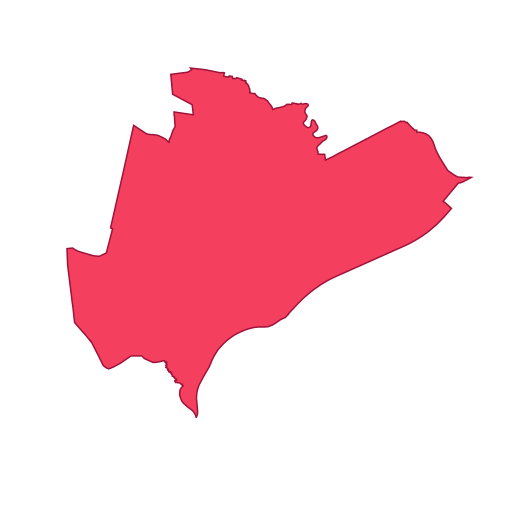 outline of Roermond, Limburg, Netherlands, rotated 197°
{"feature_id": "6326949B62204677584458", "entity_name": "Roermond", "entity_type": "district", "adm_level": 2, "iso_a3": "NLD", "parent_name": "Netherlands", "parent_adm1": "Limburg", "projection": "albers", "projection_center": [6.001, 51.209], "detail": "fine", "context": "isolated", "style": "filled", "palette": "rose", "viewbox_px": 512, "rotation_deg": 197, "n_neighbors": 0, "source": "geoboundaries", "source_scale": "gbopen_adm2", "svg_char_len": 5885}
<svg xmlns="http://www.w3.org/2000/svg" viewBox="0 0 512 512"><g transform="rotate(197 256 256)"><path d="M265.9,83.8L265.7,87.3L266.0,89.1L266.7,91.1L271.3,102.5L271.7,103.9L272.6,108.0L272.8,110.8L272.8,115.6L271.7,121.4L271.0,125.0L270.0,129.3L268.9,133.9L268.4,135.9L268.0,138.9L267.7,142.7L267.2,146.1L266.8,148.2L265.5,153.3L265.0,155.1L262.8,160.0L261.1,163.3L259.3,166.4L256.5,170.4L253.9,173.7L251.8,175.9L248.5,179.0L246.2,180.9L244.4,182.4L242.1,184.0L238.9,186.0L236.3,187.4L233.0,188.8L230.2,189.7L226.8,190.7L223.9,191.9L223.3,192.2L223.1,192.4L223.1,192.5L220.8,194.2L219.6,195.3L217.3,198.0L213.8,202.4L210.7,205.2L210.1,205.6L208.0,209.7L207.6,211.3L202.0,222.7L199.1,228.1L197.3,231.3L193.1,237.8L191.0,240.7L186.3,246.8L182.5,251.1L179.7,254.1L178.0,255.8L172.6,260.7L120.5,306.0L115.3,310.6L112.5,313.2L108.6,317.2L106.0,320.1L102.2,324.7L99.9,327.6L97.3,331.3L95.5,334.1L92.2,339.4L89.7,344.2L87.6,348.3L83.0,358.7L83.8,359.0L90.9,362.4L93.1,362.9L83.8,385.0L82.0,385.7L80.2,387.1L79.3,387.8L78.0,389.4L76.5,390.6L73.1,394.1L75.4,393.6L76.9,392.7L77.4,392.6L85.7,390.6L86.4,390.6L90.5,391.5L91.7,391.9L95.1,392.9L96.8,393.6L97.8,394.0L106.1,401.2L108.7,403.5L112.7,407.5L114.5,409.5L115.9,411.2L118.5,414.8L120.2,417.1L121.0,417.9L123.0,419.7L124.5,420.7L126.0,421.6L128.9,422.4L131.1,422.6L134.0,422.5L135.7,422.2L138.6,421.4L139.0,423.3L141.1,422.7L143.2,423.9L143.3,423.7L146.1,425.2L150.6,428.0L151.1,427.4L153.4,428.2L154.2,428.0L155.6,427.4L156.1,427.2L156.3,426.9L157.1,427.3L161.0,423.3L165.3,419.1L166.7,417.9L176.6,408.1L181.6,403.2L181.9,402.8L185.0,399.7L185.1,399.8L185.4,399.4L203.6,381.5L205.9,379.4L211.5,373.6L217.6,368.0L220.1,373.3L223.8,372.2L226.6,371.6L227.0,373.1L227.2,373.8L229.0,376.2L229.4,376.9L229.5,377.6L229.5,377.9L229.3,378.6L229.1,379.2L228.0,381.2L227.3,382.2L226.2,384.6L225.3,385.8L223.5,387.9L223.1,388.6L222.9,389.4L222.9,389.9L223.0,390.6L223.3,391.3L223.7,391.7L224.1,391.8L224.5,391.7L229.3,388.3L230.6,387.5L231.7,387.1L233.1,386.7L233.8,386.8L234.3,386.9L235.8,387.6L237.3,388.8L237.4,389.1L237.4,389.5L237.3,390.0L236.9,390.9L236.4,391.6L234.9,393.5L234.5,394.2L234.3,395.2L234.3,395.9L234.4,396.5L234.5,397.1L235.1,398.1L236.7,399.4L238.9,401.8L239.8,402.5L240.3,402.7L241.2,402.8L241.7,402.7L242.1,402.5L242.3,402.1L242.4,401.3L241.9,398.2L241.8,397.2L241.8,396.6L241.8,395.9L242.0,395.3L242.3,394.9L242.7,394.5L243.2,394.2L243.9,393.9L244.4,393.9L245.1,394.1L246.5,394.5L247.5,395.0L249.3,396.3L249.4,396.6L249.6,397.1L249.6,397.7L249.3,398.7L248.4,400.2L248.3,400.6L248.1,401.1L248.0,402.9L247.9,404.1L248.1,404.7L248.4,405.2L248.7,405.5L250.7,407.0L251.0,407.4L251.6,408.6L251.7,409.1L251.8,410.2L251.8,411.3L251.4,412.5L250.6,413.9L250.2,414.6L250.1,415.1L250.2,415.7L250.8,416.3L251.1,416.4L252.1,416.5L253.1,416.3L253.6,416.1L255.5,415.0L256.3,414.7L257.1,414.9L257.5,415.2L259.2,413.7L261.7,413.5L261.5,413.3L266.1,413.0L266.4,411.1L269.2,410.6L270.9,410.0L271.0,409.8L271.0,409.6L271.9,408.5L272.3,408.0L274.1,406.5L276.5,405.1L279.4,403.6L281.3,402.3L282.8,401.0L284.7,403.6L285.0,403.5L285.4,404.0L286.3,404.8L289.1,406.5L289.6,407.0L290.0,407.4L290.2,407.7L292.1,408.2L293.1,408.7L294.6,409.0L294.7,408.8L298.2,408.5L300.0,408.5L301.2,408.9L304.6,410.7L304.6,411.0L306.2,410.6L309.6,410.1L309.7,411.0L309.9,410.9L310.7,413.6L311.0,414.1L311.7,414.7L312.1,415.3L312.9,416.7L315.0,418.2L315.9,418.2L316.1,419.0L316.6,419.0L317.0,420.6L318.5,420.6L318.5,420.1L321.2,420.1L321.1,420.9L326.7,420.9L326.8,420.5L327.1,420.0L327.7,419.7L328.9,419.2L329.0,419.0L329.3,419.1L329.3,419.3L330.3,419.0L331.3,420.8L333.2,420.5L334.0,420.5L334.5,419.8L334.4,419.1L339.4,418.4L339.9,422.0L340.7,421.9L344.4,420.7L359.0,419.3L373.5,416.6L372.0,415.6L373.5,413.4L374.1,412.7L374.8,412.1L375.5,411.6L376.4,411.2L390.6,404.8L383.0,386.3L361.3,382.0L357.2,372.7L376.5,369.8L375.7,367.4L374.6,365.0L374.4,364.9L374.1,363.8L374.0,363.5L372.6,359.7L371.3,356.5L371.2,356.0L371.3,355.5L372.2,351.2L372.2,350.6L372.3,345.6L372.4,344.7L372.8,343.0L372.8,342.2L372.8,340.3L372.7,339.9L372.3,339.4L372.5,339.2L375.4,340.5L376.3,341.2L376.9,341.4L378.8,341.8L384.3,342.6L385.9,342.6L389.8,342.0L392.7,341.2L395.3,340.9L397.1,341.0L411.2,345.2L407.2,293.6L403.3,240.4L401.1,240.0L400.0,215.2L405.8,209.9L411.4,208.7L424.2,208.5L428.0,208.6L431.2,209.2L433.7,210.0L438.9,207.8L433.6,192.5L417.9,157.3L416.1,153.5L410.0,139.3L394.1,129.4L389.1,126.0L389.1,126.4L388.6,126.0L377.6,114.6L370.8,107.4L370.1,106.6L368.4,105.9L366.0,105.2L364.0,105.0L362.8,105.8L359.9,108.2L354.4,113.7L353.1,115.3L346.9,123.2L346.6,123.6L345.9,124.0L336.0,127.1L333.7,125.8L332.2,125.2L326.3,124.5L323.4,124.1L322.7,124.2L317.9,126.4L316.9,126.9L313.3,129.1L312.5,129.0L312.3,128.9L312.3,128.3L312.2,128.1L312.0,127.9L311.7,127.8L311.1,128.4L310.7,128.4L310.1,127.9L310.0,127.7L310.5,126.7L309.5,126.1L309.4,125.9L309.5,125.7L310.2,125.1L309.4,124.7L309.3,124.3L309.7,123.6L309.7,123.1L309.3,123.0L308.7,123.2L308.3,122.8L308.0,122.5L306.8,122.1L306.8,121.9L306.8,121.7L307.2,121.4L307.3,121.3L307.2,121.1L306.1,121.0L305.8,120.6L305.7,120.0L305.3,119.7L305.1,119.6L304.9,119.7L304.3,120.3L304.2,120.4L303.9,120.4L303.6,120.1L303.7,119.3L303.6,119.2L302.6,119.4L302.4,119.3L302.3,118.2L302.0,117.9L301.1,117.8L300.9,117.5L300.9,116.6L299.7,116.4L298.8,116.6L298.7,116.5L298.7,115.9L298.5,115.5L298.1,115.4L297.5,115.5L295.6,114.6L295.5,114.2L296.2,113.9L296.9,113.7L297.1,113.6L297.2,113.1L297.1,112.6L296.6,112.2L296.1,111.6L295.9,111.5L295.1,112.0L294.5,111.8L294.2,111.8L293.5,112.1L291.7,112.3L290.2,111.5L289.9,111.5L289.0,111.7L289.1,111.0L287.7,110.6L288.7,108.7L289.2,107.4L289.4,105.7L289.3,104.1L288.6,101.5L287.9,100.0L286.6,98.1L285.1,96.2L284.6,95.7L283.6,94.8L283.1,94.5L281.9,93.8L279.8,92.8L276.7,91.4L273.9,90.5L271.5,89.5L270.1,88.7L268.8,87.6L267.3,86.1L266.2,84.5L265.9,83.8Z" fill="#f43f5e" stroke="#9f1239" stroke-width="1.5"/></g></svg>